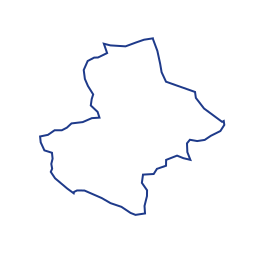 Emmaboda, Kalmar, Sweden (Robinson projection), rotated 219°
{"feature_id": "70781695B16590141300701", "entity_name": "Emmaboda", "entity_type": "district", "adm_level": 2, "iso_a3": "SWE", "parent_name": "Sweden", "parent_adm1": "Kalmar", "projection": "robinson", "projection_center": [15.568, 56.666], "detail": "fine", "context": "isolated", "style": "outline", "palette": "blue", "viewbox_px": 256, "rotation_deg": 219, "n_neighbors": 0, "source": "geoboundaries", "source_scale": "gbopen_adm2", "svg_char_len": 1052}
<svg xmlns="http://www.w3.org/2000/svg" viewBox="0 0 256 256"><g transform="rotate(219 128 128)"><path d="M99.7,197.8L117.4,191.5L127.6,187.9L137.0,192.5L143.5,198.2L153.7,206.4L164.7,212.9L165.1,213.3L171.1,206.7L175.6,199.5L181.3,189.9L193.7,181.1L199.8,178.3L191.4,173.1L195.7,163.9L198.6,161.4L201.5,154.7L198.9,145.2L192.4,139.0L185.5,135.4L176.2,132.2L174.4,127.6L171.1,122.1L161.8,121.4L156.7,118.1L162.3,112.9L166.9,104.1L174.8,96.0L175.7,89.8L178.0,84.6L183.6,80.1L185.9,72.3L191.0,66.1L186.8,61.9L178.9,58.0L171.5,60.9L167.3,56.7L165.0,51.8L161.3,48.6L160.4,45.3L153.0,43.0L137.1,42.7L129.1,43.1L129.7,44.4L128.3,47.4L122.5,52.0L104.4,57.0L94.3,58.6L83.5,62.6L72.6,63.6L67.5,65.2L61.0,72.3L66.1,77.8L70.4,87.0L74.0,91.6L82.7,94.1L87.0,101.2L79.1,108.4L79.8,114.5L74.7,122.6L78.3,127.2L72.5,137.4L66.0,139.4L59.9,142.3L59.5,142.5L66.7,146.6L72.5,153.2L72.5,157.8L66.0,161.4L60.9,167.0L58.7,174.1L54.3,183.8L55.1,191.0L58.0,193.7L58.7,192.0L81.2,191.0L94.2,194.1L98.6,198.2L99.7,197.8Z" fill="none" stroke="#1e3a8a" stroke-width="2"/></g></svg>